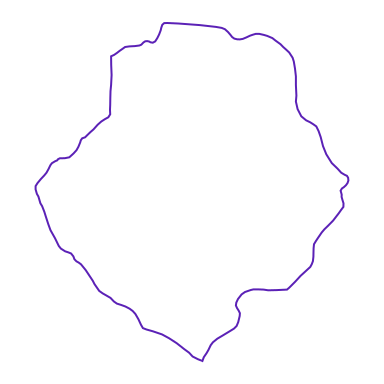 the district of Zadiè, Ogooué-Ivindo, Gabon
{"feature_id": "22940354B86386728493807", "entity_name": "Zadiè", "entity_type": "district", "adm_level": 2, "iso_a3": "GAB", "parent_name": "Gabon", "parent_adm1": "Ogooué-Ivindo", "projection": "natural_earth1", "projection_center": [13.91, 0.867], "detail": "fine", "context": "isolated", "style": "outline", "palette": "violet", "viewbox_px": 384, "rotation_deg": 0, "n_neighbors": 0, "source": "geoboundaries", "source_scale": "gbopen_adm2", "svg_char_len": 2597}
<svg xmlns="http://www.w3.org/2000/svg" viewBox="0 0 384 384"><path d="M202.4,361.0L203.8,357.2L206.6,353.1L208.5,349.8L210.7,345.2L212.9,342.3L217.3,338.7L222.7,335.5L229.8,331.2L234.0,328.6L236.6,326.0L238.2,322.2L239.7,316.0L239.9,313.2L238.7,310.7L237.0,308.0L235.9,305.5L236.3,302.6L238.0,299.0L241.6,294.4L245.0,292.0L250.8,290.0L253.4,289.4L258.4,289.4L263.6,289.6L268.2,290.3L276.5,290.1L287.0,289.6L289.2,287.7L295.1,281.8L300.6,275.8L305.0,271.8L310.3,266.9L311.8,264.1L312.9,261.2L313.4,256.8L313.5,251.9L313.6,248.2L314.0,244.2L316.0,240.9L318.2,237.6L321.7,232.5L324.4,229.3L328.5,225.3L333.1,220.6L338.8,213.2L341.2,209.8L343.4,206.9L343.5,203.3L342.5,200.1L341.6,196.9L341.7,194.7L341.1,192.4L340.6,190.7L341.9,188.5L343.8,187.2L345.9,185.3L347.5,183.1L348.4,180.5L348.1,177.7L346.9,175.8L344.7,174.8L341.2,172.7L337.5,168.6L331.8,163.1L326.3,154.3L323.0,146.1L320.7,137.1L318.6,131.1L316.3,126.4L313.2,124.2L310.2,122.3L306.1,120.3L301.3,116.3L297.6,109.1L295.9,101.6L296.4,95.7L295.9,85.0L295.9,76.4L295.0,68.6L293.8,61.5L292.6,57.7L290.5,54.5L289.2,52.5L286.0,49.5L283.2,47.0L280.5,44.2L275.4,40.5L272.4,38.1L267.2,35.9L263.8,34.9L259.4,33.9L255.6,33.9L252.9,34.7L250.0,35.7L246.4,37.4L242.8,38.9L239.8,39.4L237.2,39.3L234.3,38.6L232.1,37.0L230.4,34.8L228.0,32.0L224.9,29.2L221.7,27.9L215.9,26.9L199.9,25.1L178.2,23.5L167.4,23.0L164.2,23.1L162.3,24.8L161.3,27.7L160.7,30.3L159.1,34.5L157.3,38.1L155.2,41.4L152.8,42.7L150.5,42.3L149.1,41.5L147.2,41.1L145.2,41.3L143.4,42.5L141.3,44.7L139.4,45.5L134.8,46.1L129.3,46.4L125.1,47.0L122.3,49.0L119.7,50.8L117.0,52.9L114.1,54.9L111.1,56.3L111.2,65.0L111.6,75.0L111.1,84.9L110.5,91.2L110.3,98.6L110.2,105.0L110.0,109.7L110.2,114.3L108.3,117.3L105.0,119.1L101.3,121.5L97.7,124.7L93.5,129.4L90.4,132.1L87.7,134.7L85.1,137.3L82.2,138.3L80.8,140.3L80.2,142.4L78.4,146.8L76.5,150.2L73.5,153.5L69.3,157.3L64.8,158.2L59.8,158.3L57.9,159.3L57.3,160.3L55.0,161.3L51.9,163.2L50.4,165.2L48.5,169.1L46.5,172.7L44.2,175.5L40.9,179.0L37.5,183.1L35.6,186.1L35.6,189.4L36.9,193.9L38.4,196.5L40.4,203.3L42.1,206.1L44.3,211.7L45.8,216.5L48.3,224.2L50.5,230.2L55.1,238.4L58.8,246.0L60.9,248.6L65.1,251.3L68.4,252.4L71.1,253.5L73.4,256.4L74.4,259.2L76.4,261.3L78.7,262.6L81.0,264.3L85.7,270.1L92.8,280.8L94.5,284.1L99.2,290.9L102.7,293.4L106.2,295.4L110.5,297.9L113.9,301.5L116.9,303.6L121.0,304.9L125.4,306.5L129.6,308.7L132.7,311.0L135.4,314.0L138.4,319.2L141.0,324.8L142.9,328.1L146.5,329.5L152.9,331.3L162.0,334.4L169.0,338.2L176.7,343.2L184.2,349.1L189.1,352.7L192.6,356.5L197.9,359.2L202.4,361.0Z" fill="none" stroke="#5b21b6" stroke-width="2"/></svg>